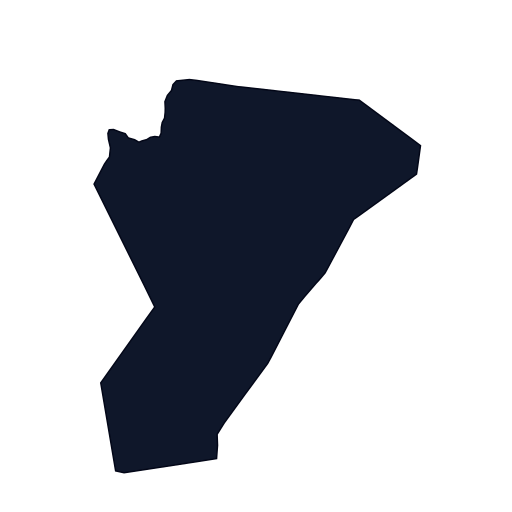 Belágua, Maranhão, Brazil, rotated 347°
{"feature_id": "56859067B20132101746210", "entity_name": "Belágua", "entity_type": "district", "adm_level": 2, "iso_a3": "BRA", "parent_name": "Brazil", "parent_adm1": "Maranhão", "projection": "equal_earth", "projection_center": [-43.471, -3.111], "detail": "fine", "context": "isolated", "style": "filled", "palette": "ink", "viewbox_px": 512, "rotation_deg": 347, "n_neighbors": 0, "source": "geoboundaries", "source_scale": "gbopen_adm2", "svg_char_len": 1007}
<svg xmlns="http://www.w3.org/2000/svg" viewBox="0 0 512 512"><g transform="rotate(347 256 256)"><path d="M237.8,71.6L230.8,69.1L217.9,67.5L213.7,70.3L210.9,75.7L205.8,79.6L202.0,85.1L200.8,91.7L199.8,95.6L197.9,101.1L194.7,104.8L192.8,109.1L191.2,115.0L188.6,118.4L184.3,116.8L179.8,116.6L175.8,118.0L170.7,118.2L167.5,118.8L163.9,115.4L158.1,112.2L156.1,107.4L151.2,104.5L145.6,100.7L141.4,100.0L139.3,103.2L138.5,109.0L138.5,117.9L135.5,126.6L132.2,129.4L128.9,132.5L114.4,149.5L140.5,259.5L145.9,282.9L135.4,292.1L76.2,344.7L70.9,433.8L78.7,437.5L99.7,439.1L142.1,442.3L152.6,443.1L172.0,444.5L173.9,438.3L175.9,431.9L178.0,421.0L187.6,411.4L214.4,388.1L221.9,381.7L243.2,363.3L247.9,358.0L272.0,329.5L286.5,312.4L294.3,306.4L308.6,295.9L311.6,293.9L319.5,288.0L321.9,285.3L351.9,251.0L359.3,242.3L362.6,241.0L407.3,222.2L430.8,212.3L433.1,206.5L441.1,185.5L435.0,178.2L419.8,160.4L391.6,127.3L387.1,125.9L280.0,88.1L276.6,87.0L237.8,71.6Z" fill="#0f172a" stroke="#020617" stroke-width="1.5"/></g></svg>